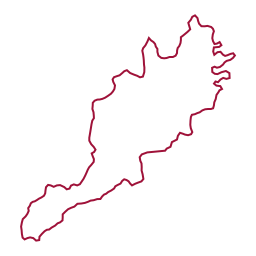 Matozinhos, Minas Gerais, Brazil (Albers equal-area conic projection)
{"feature_id": "56859067B16876835077796", "entity_name": "Matozinhos", "entity_type": "district", "adm_level": 2, "iso_a3": "BRA", "parent_name": "Brazil", "parent_adm1": "Minas Gerais", "projection": "albers", "projection_center": [-44.053, -19.531], "detail": "fine", "context": "isolated", "style": "outline", "palette": "rose", "viewbox_px": 256, "rotation_deg": 0, "n_neighbors": 0, "source": "geoboundaries", "source_scale": "gbopen_adm2", "svg_char_len": 3153}
<svg xmlns="http://www.w3.org/2000/svg" viewBox="0 0 256 256"><path d="M188.3,22.8L189.3,26.2L190.2,29.3L187.5,31.9L185.1,33.9L182.9,35.7L180.9,37.2L180.9,40.0L180.5,43.0L179.3,46.0L177.7,48.0L177.1,50.5L177.0,53.1L175.6,55.7L172.9,57.0L169.5,57.0L166.6,58.0L164.2,58.3L161.3,57.9L158.4,55.6L157.4,51.9L157.4,48.9L155.8,46.6L155.1,44.0L153.5,42.1L150.9,40.3L148.9,38.0L147.4,41.6L145.4,45.4L143.1,48.2L142.3,50.7L143.1,54.5L143.5,57.4L143.8,60.4L144.0,64.5L144.4,67.6L144.3,72.1L142.9,76.6L140.0,77.3L137.2,75.8L133.9,74.6L130.1,73.0L126.9,70.2L124.3,71.2L122.2,73.1L119.6,75.3L116.8,76.2L114.0,77.2L112.6,79.4L113.3,82.0L115.0,85.4L114.4,89.0L112.9,91.5L111.0,93.7L108.2,95.7L105.1,97.7L102.3,98.9L99.7,99.5L97.3,99.6L94.6,100.7L92.8,102.8L92.7,105.7L92.4,109.0L93.5,112.2L93.8,115.7L93.9,118.2L92.3,120.6L91.5,124.3L90.9,128.1L90.3,131.8L89.7,135.4L89.3,137.7L89.3,140.7L91.2,144.2L93.8,147.0L95.5,149.7L94.1,152.0L91.7,153.4L92.7,156.2L93.9,159.1L93.7,161.9L91.2,165.0L89.1,167.3L87.7,169.9L86.6,172.5L85.2,175.6L83.5,178.9L81.6,181.7L79.9,184.2L77.2,185.4L73.8,184.4L71.0,185.6L69.5,188.6L66.7,189.3L64.3,187.1L60.1,185.1L56.9,185.4L53.7,186.8L50.7,185.4L48.1,184.9L46.0,187.2L45.5,190.4L45.2,193.3L44.0,195.7L41.5,197.4L38.9,198.7L37.0,200.0L34.8,201.3L32.6,201.9L30.8,203.3L29.9,205.7L28.2,208.1L28.7,210.9L27.4,213.8L25.6,216.4L22.8,219.1L21.9,222.4L21.1,226.6L21.6,230.1L21.9,234.0L22.6,237.6L24.6,239.4L27.4,238.1L30.1,237.4L33.3,238.1L36.1,240.6L39.2,240.1L39.5,236.7L42.0,233.8L44.6,231.2L46.8,229.8L49.2,229.5L51.6,227.6L55.1,225.6L57.6,223.3L60.0,222.4L62.5,220.4L62.7,217.3L62.7,214.3L65.3,211.7L68.1,209.2L71.1,207.8L74.4,206.6L77.4,203.8L81.4,203.5L84.9,202.9L88.0,201.8L90.6,200.6L93.7,200.2L97.2,199.1L100.4,199.0L102.1,196.5L104.0,194.6L106.2,193.7L108.1,192.1L111.2,190.5L114.1,188.5L115.3,186.3L117.4,185.1L120.5,183.6L122.2,180.9L124.2,179.3L126.5,180.0L128.6,181.3L130.1,183.5L132.0,185.4L135.3,183.7L138.1,182.6L141.4,181.4L143.4,179.0L142.6,174.2L141.6,170.5L141.7,167.1L141.5,163.4L140.3,160.8L139.7,157.2L141.8,154.4L145.1,153.2L147.3,152.4L153.7,151.8L165.1,150.7L166.7,148.6L170.5,146.8L171.9,142.1L174.7,140.7L177.0,139.5L177.9,135.8L180.0,132.8L182.8,133.7L185.0,134.6L188.1,135.2L191.1,134.2L192.3,132.1L190.8,128.2L190.3,124.9L190.5,120.5L190.9,117.0L191.9,114.8L194.9,114.2L197.3,113.1L199.7,112.3L202.3,110.4L205.1,109.3L208.0,109.0L210.9,109.0L213.1,108.3L213.9,105.5L214.3,102.3L215.7,99.1L216.5,94.9L218.3,92.4L219.5,90.3L222.0,89.0L220.3,86.1L216.4,85.6L214.0,83.6L215.5,81.5L218.0,82.2L220.5,79.5L223.2,77.9L226.4,78.9L229.6,78.0L229.4,73.1L225.9,71.0L221.5,72.2L217.5,74.1L214.8,73.8L212.3,72.0L212.1,67.8L214.6,66.7L216.9,67.7L219.9,67.0L223.0,64.6L224.5,62.5L226.6,60.9L230.3,59.9L233.0,57.9L234.9,55.5L233.2,53.3L230.5,53.9L227.5,55.2L225.1,55.9L223.0,54.7L220.5,51.8L217.5,52.2L214.3,54.8L213.2,51.5L213.9,47.4L216.3,47.2L219.2,46.9L221.4,45.2L219.6,42.1L216.9,43.6L214.5,44.0L213.0,41.1L212.3,38.2L212.8,34.5L213.9,31.2L212.9,28.7L211.2,27.0L207.5,25.9L204.6,26.3L201.4,26.2L199.1,23.7L198.1,20.9L197.5,18.1L195.0,15.4L192.3,16.8L190.9,19.7L188.3,22.8Z" fill="none" stroke="#9f1239" stroke-width="2"/></svg>